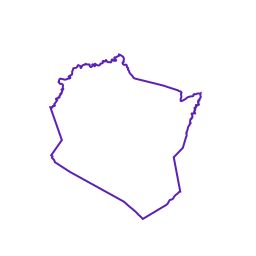 La Labor, Ocotepeque, Honduras (Mercator projection), rotated 317°
{"feature_id": "27666195B71632496314223", "entity_name": "La Labor", "entity_type": "district", "adm_level": 2, "iso_a3": "HND", "parent_name": "Honduras", "parent_adm1": "Ocotepeque", "projection": "mercator", "projection_center": [-89.012, 14.495], "detail": "fine", "context": "isolated", "style": "outline", "palette": "violet", "viewbox_px": 256, "rotation_deg": 317, "n_neighbors": 0, "source": "geoboundaries", "source_scale": "gbopen_adm2", "svg_char_len": 5643}
<svg xmlns="http://www.w3.org/2000/svg" viewBox="0 0 256 256"><g transform="rotate(317 128 128)"><path d="M53.2,95.6L53.5,96.8L53.5,97.1L53.4,97.3L53.2,97.5L52.7,97.6L52.4,97.7L52.1,98.1L52.0,98.7L52.2,99.9L52.1,100.8L51.8,102.0L51.2,103.1L55.6,120.6L74.7,178.9L75.0,181.0L75.2,184.4L75.9,189.5L76.1,191.0L76.5,194.8L76.5,198.8L76.7,200.3L76.8,202.4L76.8,204.6L103.8,210.4L104.9,210.4L105.7,210.3L108.1,209.5L109.3,209.2L109.9,209.3L110.6,209.8L111.2,210.1L112.5,210.4L113.3,210.3L114.1,209.9L114.7,209.7L116.7,209.5L117.7,209.5L119.5,209.8L121.0,209.6L121.5,209.6L122.1,209.8L122.8,210.2L141.5,180.6L154.6,179.9L164.3,174.2L164.9,174.0L165.5,173.7L165.9,173.4L166.3,172.9L166.6,172.5L166.8,171.8L167.0,171.6L167.3,171.4L167.8,171.4L168.1,171.3L168.7,170.6L169.1,170.4L169.7,170.3L172.3,168.5L173.8,167.9L174.7,167.9L175.1,167.8L175.3,167.7L175.6,167.3L175.9,167.1L176.3,167.1L176.8,167.3L177.1,167.2L177.3,166.9L177.2,166.4L177.3,166.1L177.7,165.9L178.0,165.4L178.2,165.2L179.2,164.5L180.0,164.2L180.2,164.3L180.4,164.6L180.7,164.6L180.9,164.5L181.2,164.1L181.5,163.9L181.8,164.0L182.2,164.2L182.4,164.1L183.1,163.4L184.4,160.9L184.6,160.9L184.7,161.0L184.6,161.5L184.7,161.8L185.1,161.9L185.5,161.7L185.8,161.8L187.0,163.0L187.3,162.5L187.2,161.6L187.4,161.2L187.7,161.0L188.1,160.8L188.3,160.8L188.6,161.0L188.9,161.0L189.1,160.8L189.1,160.4L189.3,160.1L189.5,160.0L189.9,160.1L190.1,160.0L190.2,159.8L190.0,159.3L190.0,159.1L190.2,158.9L190.4,158.7L190.6,158.6L190.8,158.7L190.8,158.9L190.8,159.2L191.0,159.4L192.3,159.1L192.5,159.0L192.6,158.5L192.9,157.9L193.1,157.7L193.3,157.6L193.5,157.7L193.5,158.1L193.7,158.4L194.3,158.8L194.6,158.9L194.9,158.5L195.0,158.4L195.3,158.4L195.4,158.6L195.3,159.0L195.4,159.3L195.6,159.3L195.9,159.1L196.1,158.5L196.7,157.0L196.8,156.9L197.2,157.0L197.5,157.0L197.7,156.7L197.7,156.2L197.9,156.0L198.2,155.8L198.4,155.9L198.6,156.0L198.9,156.4L199.2,156.5L199.4,156.4L199.6,156.2L199.6,155.7L201.0,155.4L202.2,155.1L202.4,154.9L202.8,154.1L203.4,153.3L204.0,152.7L204.8,152.1L204.3,151.9L203.8,151.7L202.9,150.6L202.3,150.2L201.8,149.9L200.7,149.6L200.3,149.3L200.0,149.1L199.7,148.5L199.3,148.2L199.0,148.2L198.7,148.2L198.5,148.4L198.0,148.9L197.8,149.0L197.4,149.0L196.7,148.7L195.2,147.5L192.8,146.3L192.0,146.1L189.9,146.0L188.0,145.6L186.1,145.0L185.3,144.7L185.1,144.4L185.1,144.1L185.1,143.9L185.9,143.1L186.8,142.4L188.1,141.7L188.6,141.3L189.0,140.8L189.4,139.9L189.7,139.4L190.2,139.1L190.9,138.9L191.2,138.7L191.4,138.4L191.5,138.0L191.3,137.0L190.7,136.3L190.4,135.5L190.3,134.7L182.6,120.8L166.7,96.4L166.7,96.1L166.4,95.7L166.3,95.4L166.3,94.8L166.7,93.4L166.7,89.8L166.9,88.4L167.1,87.8L167.6,87.2L167.8,86.8L167.8,86.4L167.7,85.7L167.8,85.2L168.1,84.9L168.7,84.6L168.9,84.3L169.0,83.8L168.7,83.3L168.7,82.9L168.9,82.5L169.5,81.8L169.8,81.3L169.9,80.7L169.8,80.4L169.7,80.2L168.8,79.8L168.2,79.0L167.9,78.3L168.0,77.5L168.3,76.8L168.8,76.4L169.2,76.4L169.5,76.7L169.7,76.8L169.8,76.8L170.1,76.6L170.5,76.1L171.1,75.3L171.7,75.1L172.1,74.7L172.6,73.9L172.9,72.9L172.9,72.3L172.6,70.8L172.1,69.2L171.8,68.4L171.5,68.1L170.6,68.9L170.4,69.0L169.9,68.6L168.6,68.4L167.6,68.2L167.4,68.0L166.6,67.4L166.3,67.2L166.1,67.2L165.9,67.3L165.8,67.5L165.6,68.3L165.5,68.9L165.7,69.8L165.6,70.2L165.4,70.5L165.0,70.5L164.6,70.2L163.8,69.4L163.5,69.2L163.3,69.0L163.2,68.5L163.5,68.1L163.5,67.8L163.4,67.4L163.1,67.0L162.8,67.0L162.6,67.1L161.6,67.8L160.4,68.3L160.1,68.2L159.5,67.4L158.4,66.3L158.1,65.9L158.0,64.7L158.3,63.7L158.3,63.4L158.1,63.3L157.8,63.3L157.5,63.6L157.2,63.7L156.6,63.7L156.3,63.5L156.1,63.2L156.0,62.6L155.8,62.3L155.6,62.1L155.3,62.0L155.0,62.1L154.7,62.2L154.5,62.4L154.2,63.0L153.7,63.2L153.1,63.1L152.3,62.5L151.8,62.3L151.1,62.3L150.3,62.7L149.7,62.6L148.9,62.0L148.3,61.0L147.9,60.0L147.9,58.9L147.6,58.5L147.4,58.5L147.1,58.6L147.1,58.8L147.1,59.4L146.8,59.8L146.4,60.0L145.8,60.1L145.7,60.0L145.7,59.8L145.9,59.0L145.8,58.0L145.7,57.5L145.5,57.3L145.3,57.3L145.1,57.3L144.6,58.1L144.4,58.3L144.1,58.4L143.1,58.4L142.6,58.2L142.4,58.1L142.2,57.8L142.2,57.5L142.3,56.5L142.6,56.0L143.1,55.5L143.1,55.2L142.9,54.9L142.3,54.6L142.0,54.3L141.1,53.1L140.9,52.5L140.7,52.2L140.2,52.5L139.9,52.4L139.5,52.2L139.1,51.8L138.8,51.6L137.5,51.2L136.2,51.5L134.8,52.1L134.5,52.0L134.4,51.7L134.6,51.3L135.0,51.3L135.2,51.2L135.4,51.0L135.5,50.7L135.3,49.9L134.9,49.0L134.6,48.3L134.3,48.0L133.9,48.0L133.3,48.4L132.9,48.6L131.5,48.7L129.9,47.8L128.9,47.2L128.7,47.1L127.3,47.9L125.5,48.8L124.5,49.9L123.5,50.7L123.1,50.7L121.9,50.3L120.5,50.0L120.0,49.9L119.7,49.9L119.5,50.2L119.5,50.6L119.6,50.9L120.1,51.1L120.3,51.5L120.1,51.9L119.9,52.0L119.7,52.1L119.2,51.9L117.2,50.8L115.1,49.9L114.7,49.5L113.5,47.6L112.1,45.7L111.8,45.6L111.0,45.7L110.2,46.0L109.9,46.2L109.6,46.5L109.3,47.0L109.2,47.2L108.9,47.3L108.6,47.2L108.4,49.3L108.6,49.6L109.2,50.0L109.6,50.4L109.8,51.1L109.8,51.9L109.6,52.3L109.4,52.7L108.4,53.4L107.9,53.9L107.7,54.3L107.5,55.0L107.1,55.4L106.9,55.4L106.6,55.4L106.5,55.2L106.4,54.8L106.2,54.6L105.7,54.5L105.4,54.9L105.5,55.2L105.7,55.6L105.7,55.8L105.5,56.0L104.2,56.5L103.2,57.3L102.8,57.5L102.6,57.5L102.4,57.4L102.3,57.0L102.2,56.8L101.8,56.8L101.6,57.0L101.3,57.4L101.1,57.7L100.6,57.8L99.9,57.8L99.5,58.0L99.3,58.2L99.1,58.7L98.8,58.9L98.4,58.8L98.2,58.4L98.0,58.2L97.6,58.1L97.0,58.4L96.6,58.4L96.3,58.2L95.9,57.6L95.6,57.5L95.3,57.5L95.1,57.7L95.0,58.0L95.4,58.5L95.5,58.8L95.4,59.1L95.3,59.3L94.5,59.5L93.3,59.8L90.4,60.3L90.2,60.4L90.1,60.6L90.1,61.2L90.0,61.5L89.8,61.7L89.6,61.8L89.2,61.7L88.7,61.0L88.2,60.7L87.6,60.8L87.0,61.3L86.7,61.4L86.1,61.0L85.8,60.2L85.4,59.8L71.4,91.7L53.2,95.6Z" fill="none" stroke="#5b21b6" stroke-width="2"/></g></svg>